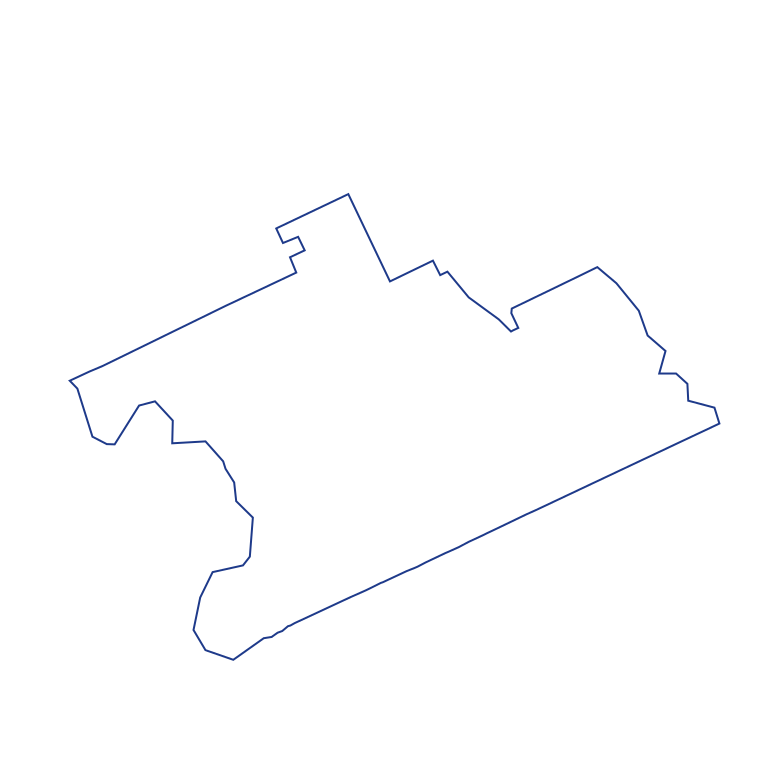 Sebastian, Arkansas, United States of America, rotated 243°
{"feature_id": "52423323B741493038537", "entity_name": "Sebastian", "entity_type": "district", "adm_level": 2, "iso_a3": "USA", "parent_name": "United States of America", "parent_adm1": "Arkansas", "projection": "orthographic", "projection_center": [-94.303, 35.191], "detail": "fine", "context": "isolated", "style": "outline", "palette": "blue", "viewbox_px": 768, "rotation_deg": 243, "n_neighbors": 0, "source": "geoboundaries", "source_scale": "gbopen_adm2", "svg_char_len": 1246}
<svg xmlns="http://www.w3.org/2000/svg" viewBox="0 0 768 768"><g transform="rotate(243 384 384)"><path d="M196.5,664.9L212.9,667.7L231.0,647.5L246.4,654.4L260.7,649.0L268.4,634.0L285.6,649.8L307.5,640.9L333.6,644.3L368.3,636.8L391.3,627.1L391.6,608.2L393.2,532.1L389.3,529.6L373.0,529.1L373.2,523.0L373.1,521.0L389.5,515.6L422.7,498.8L455.3,491.5L455.5,483.5L471.7,483.6L472.7,435.9L569.4,438.4L571.5,360.4L571.5,358.6L555.5,358.0L554.1,374.3L539.1,374.0L539.6,357.8L523.1,356.4L525.5,278.8L527.8,141.4L528.8,127.4L529.6,105.5L519.1,108.7L469.4,100.3L456.3,109.7L452.5,116.6L476.0,156.0L472.5,172.1L447.3,179.2L427.3,168.4L413.9,198.9L388.1,205.6L380.4,204.3L364.3,205.8L346.7,199.1L324.5,206.5L291.1,186.1L286.4,176.0L294.2,145.9L277.2,123.3L251.3,102.6L227.9,104.1L206.7,124.5L212.1,161.5L211.9,162.0L211.2,164.2L209.6,169.1L209.8,170.1L210.7,176.3L210.1,181.2L211.8,188.5L211.3,190.9L211.5,195.9L209.3,257.5L208.4,273.9L208.3,278.3L208.2,291.0L207.9,292.8L207.8,295.4L207.8,296.0L207.0,319.2L206.2,327.8L206.0,331.0L206.1,340.1L205.5,361.9L205.3,364.6L204.7,376.9L204.8,381.0L204.9,388.0L204.3,404.8L204.3,407.8L204.1,413.9L203.2,451.8L202.7,461.7L200.8,524.3L198.0,616.5L196.5,664.9Z" fill="none" stroke="#1e3a8a" stroke-width="2"/></g></svg>